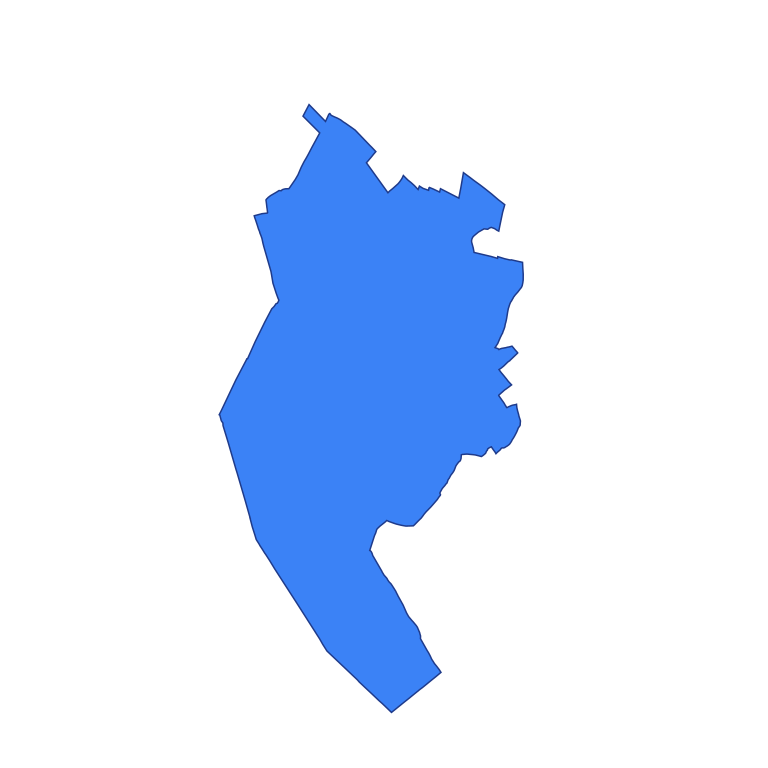 Calarasi, Cluj, Romania, rotated 234°
{"feature_id": "2599482B54810479823537", "entity_name": "Calarasi", "entity_type": "district", "adm_level": 2, "iso_a3": "ROU", "parent_name": "Romania", "parent_adm1": "Cluj", "projection": "natural_earth1", "projection_center": [23.841, 46.485], "detail": "fine", "context": "isolated", "style": "filled", "palette": "blue", "viewbox_px": 768, "rotation_deg": 234, "n_neighbors": 0, "source": "geoboundaries", "source_scale": "gbopen_adm2", "svg_char_len": 6099}
<svg xmlns="http://www.w3.org/2000/svg" viewBox="0 0 768 768"><g transform="rotate(234 384 384)"><path d="M458.1,587.1L465.9,584.8L474.3,582.8L483.0,580.4L488.7,578.7L495.7,576.4L500.1,575.1L508.3,572.5L497.5,561.4L490.4,553.8L508.8,544.5L506.6,541.8L512.7,538.5L516.3,536.3L516.2,535.6L514.5,533.9L518.0,531.5L519.3,530.6L523.3,529.0L521.3,525.9L526.7,525.2L531.0,524.3L535.0,523.2L541.3,522.2L539.8,519.5L538.8,516.9L538.1,514.6L537.7,512.8L537.0,505.9L536.8,501.9L536.4,499.6L573.3,499.8L574.9,506.5L576.2,511.4L576.8,514.0L582.2,513.3L585.9,512.7L606.4,509.9L614.7,507.1L617.6,506.1L619.8,505.2L623.1,504.2L624.8,503.4L626.6,502.5L629.6,500.7L632.4,499.2L634.6,499.2L634.8,498.9L634.7,498.4L634.6,497.8L632.6,494.3L630.8,491.0L654.1,487.6L648.3,475.9L624.9,479.6L617.7,464.5L614.3,457.7L612.3,453.4L611.8,452.2L610.8,449.9L608.0,444.4L603.8,437.4L601.6,432.4L597.9,421.9L599.9,418.9L600.6,417.2L601.0,415.9L600.8,414.4L602.2,412.8L602.4,409.7L603.1,402.9L603.0,399.7L602.8,399.1L602.7,397.9L602.3,396.7L599.5,395.2L595.6,393.0L594.4,392.4L591.0,390.5L590.9,390.2L591.0,389.8L592.9,386.5L593.5,385.4L596.4,377.9L594.9,377.3L592.1,376.5L587.1,374.9L583.0,373.5L580.4,372.9L579.3,372.4L576.5,371.7L573.5,370.8L569.0,368.8L566.0,367.6L555.8,363.9L541.5,358.7L538.2,357.1L530.8,353.4L520.7,350.1L515.8,348.7L513.6,348.2L513.1,347.4L512.7,346.7L512.0,345.2L512.3,344.3L512.4,343.8L511.3,340.7L510.8,337.4L504.2,324.0L494.1,304.9L484.6,288.4L485.0,287.8L484.3,286.6L474.3,266.4L458.1,236.7L456.0,232.6L455.4,232.9L454.8,232.7L454.4,232.5L450.0,230.8L447.1,230.7L444.9,229.3L428.1,223.5L402.0,214.1L398.4,212.9L370.2,202.8L354.2,196.9L354.3,196.8L345.9,193.5L337.8,190.8L333.2,189.2L328.2,188.9L325.8,188.6L321.4,188.4L317.5,188.1L315.6,188.1L308.3,187.7L298.6,186.9L265.9,185.1L255.2,184.5L215.5,182.1L209.3,181.4L201.5,180.9L160.1,188.6L157.4,188.8L137.5,192.6L130.9,193.8L126.4,194.8L113.9,197.0L114.8,214.5L114.9,217.3L115.8,233.7L115.8,236.4L116.5,248.9L116.8,254.8L117.1,259.0L117.2,260.6L120.6,260.8L124.8,260.7L126.6,260.6L128.2,260.5L130.8,260.7L133.1,260.8L133.7,260.9L136.6,261.5L139.2,261.9L140.8,262.1L142.6,262.2L156.5,263.8L158.7,265.5L160.5,266.1L161.9,266.7L165.8,267.6L166.8,267.8L167.3,268.0L169.7,268.1L174.3,267.8L176.8,267.5L181.4,267.2L185.6,267.7L193.8,269.5L204.5,270.8L205.9,271.1L206.9,271.2L208.0,271.4L209.5,271.7L215.5,272.1L218.4,272.2L220.7,271.8L223.0,271.8L225.0,272.1L226.5,272.0L229.3,271.7L233.0,272.0L233.7,272.2L252.0,274.1L253.3,274.6L254.9,275.0L256.0,275.1L257.0,275.0L257.7,274.6L266.7,286.9L267.6,288.3L267.9,289.0L268.8,290.3L270.5,292.5L270.7,293.0L270.9,293.7L271.1,295.0L271.4,297.4L271.6,302.5L271.7,304.4L272.0,306.0L270.0,307.1L265.3,310.3L263.5,311.6L259.5,315.0L257.4,317.0L256.1,318.3L252.0,324.4L252.2,326.2L253.0,330.8L253.4,333.4L253.6,335.1L254.3,337.5L255.1,339.9L255.6,341.9L255.9,343.2L256.7,347.9L256.9,349.2L257.8,353.2L258.8,357.5L259.2,359.2L260.1,361.5L260.8,363.9L261.1,364.5L261.6,364.8L262.6,364.9L263.0,365.2L263.4,365.8L265.1,369.5L265.5,370.9L266.1,373.6L266.7,375.4L266.8,376.5L267.0,376.9L268.8,379.5L269.1,380.2L269.4,381.3L270.9,384.3L271.3,385.7L271.9,387.7L272.7,389.7L273.3,390.7L274.0,391.8L275.4,393.9L276.0,395.4L276.6,397.4L276.9,398.2L277.0,398.9L276.9,399.8L277.3,401.0L278.4,402.5L281.3,405.0L280.9,406.1L280.3,407.0L279.1,409.1L278.4,410.1L277.9,410.7L276.7,412.0L274.5,414.5L272.9,416.2L269.9,418.7L268.1,420.1L268.0,420.8L268.0,422.1L268.0,422.8L268.2,425.3L268.5,426.0L269.0,426.7L269.4,427.4L269.5,427.8L269.7,428.7L270.0,429.2L270.2,429.3L270.4,429.5L270.5,429.8L270.6,430.0L270.5,430.8L270.6,431.2L270.3,432.9L270.1,433.9L266.9,433.8L264.7,433.8L263.5,433.8L261.8,433.6L262.1,435.2L262.3,437.8L262.5,439.8L263.0,440.6L263.0,441.4L262.9,441.8L262.8,442.2L262.1,443.0L261.7,444.0L261.6,444.4L261.6,445.4L261.4,447.0L261.4,447.8L261.4,448.7L261.5,450.0L261.7,450.8L262.3,452.5L263.0,454.1L263.4,454.7L264.2,456.9L264.5,457.6L265.2,459.2L267.1,463.0L268.3,465.0L269.5,466.8L269.7,467.5L270.2,469.0L270.5,469.6L270.8,470.1L271.1,470.3L272.2,471.2L273.8,472.6L274.2,472.8L278.7,474.3L280.5,475.1L283.8,476.3L286.8,477.6L289.7,479.3L290.0,478.3L291.2,475.8L291.7,474.3L292.0,472.9L292.4,471.2L292.6,469.6L292.8,469.4L293.9,469.5L294.2,469.6L295.4,469.6L298.0,469.9L305.9,470.0L307.2,470.0L307.4,470.1L307.5,470.3L307.7,472.4L307.7,472.6L307.8,473.1L307.8,473.5L307.9,474.4L307.9,474.6L308.3,478.3L308.2,478.9L308.3,486.7L309.1,486.6L313.1,486.1L317.1,486.0L317.5,485.9L318.8,485.9L324.5,485.5L325.9,485.5L327.7,485.5L328.1,485.5L328.1,485.9L328.0,486.7L328.0,487.5L328.0,488.5L328.0,488.9L328.1,489.8L328.1,490.7L328.3,492.5L328.4,493.0L328.5,493.8L329.0,497.1L329.0,497.3L329.0,497.5L329.0,498.3L328.9,499.4L329.0,499.5L329.9,506.1L330.5,510.4L330.6,510.5L330.9,510.5L335.0,510.1L337.2,510.0L339.4,509.8L339.5,509.4L339.7,509.0L339.9,508.4L340.5,506.9L341.1,505.7L341.7,504.2L341.8,503.9L342.1,503.2L342.3,502.9L342.6,502.2L342.8,501.9L342.9,501.5L343.2,501.0L343.5,500.5L344.2,498.4L344.3,497.7L344.3,497.2L345.7,497.0L345.9,496.8L346.0,496.7L348.2,495.2L348.6,496.4L348.7,496.8L348.8,497.0L349.1,497.6L349.4,498.5L349.9,499.9L350.4,500.6L350.9,501.5L351.4,502.3L353.7,506.2L354.0,506.9L354.7,508.1L355.5,509.9L356.0,510.5L356.4,511.1L356.7,511.5L357.4,512.7L357.8,513.3L359.0,515.0L359.4,515.5L360.2,516.3L360.4,516.5L361.5,517.7L362.3,518.8L363.7,520.4L365.3,522.1L367.9,524.7L368.4,525.2L369.5,526.3L372.0,529.0L373.2,530.7L373.7,531.3L374.3,532.2L374.7,532.7L375.8,534.6L376.3,536.1L377.3,538.2L377.4,538.6L377.9,539.4L378.2,540.2L378.4,540.6L378.4,540.8L378.4,541.0L378.5,541.1L378.9,542.5L379.1,543.5L379.3,544.2L379.4,544.8L379.7,546.2L380.9,550.2L381.3,551.8L382.3,553.6L384.3,555.8L386.3,557.7L390.9,561.1L395.5,564.0L401.0,567.6L409.6,560.0L410.2,558.9L412.5,556.9L414.6,555.1L420.2,550.9L418.9,549.7L424.1,545.7L433.3,537.8L437.5,534.2L441.7,536.2L447.0,538.2L448.3,538.9L449.6,540.3L450.6,542.0L451.0,543.9L451.4,549.8L450.7,556.1L448.2,558.9L448.2,560.8L447.7,562.8L444.7,564.8L441.9,565.8L440.2,566.7L444.0,570.8L453.1,580.8L458.1,587.1Z" fill="#3b82f6" stroke="#1e3a8a" stroke-width="1.5"/></g></svg>